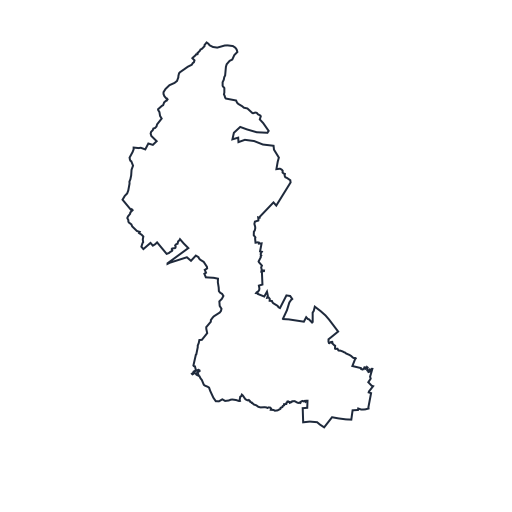 outline of Marca, Salaj, Romania, rotated 136°
{"feature_id": "2599482B92628327794320", "entity_name": "Marca", "entity_type": "district", "adm_level": 2, "iso_a3": "ROU", "parent_name": "Romania", "parent_adm1": "Salaj", "projection": "natural_earth1", "projection_center": [22.563, 47.243], "detail": "fine", "context": "isolated", "style": "outline", "palette": "slate", "viewbox_px": 512, "rotation_deg": 136, "n_neighbors": 0, "source": "geoboundaries", "source_scale": "gbopen_adm2", "svg_char_len": 6112}
<svg xmlns="http://www.w3.org/2000/svg" viewBox="0 0 512 512"><g transform="rotate(136 256 256)"><path d="M312.9,389.2L313.9,376.0L312.9,376.0L312.9,374.7L316.2,374.6L317.2,373.8L320.6,373.4L322.2,372.7L322.9,370.5L323.9,369.4L324.2,368.5L323.7,365.3L324.5,363.3L324.3,356.7L322.9,354.1L324.2,353.7L323.5,350.8L323.5,348.3L325.9,346.6L327.6,344.3L328.7,344.1L332.0,342.3L332.2,339.2L322.8,338.7L323.0,335.1L320.3,334.5L317.7,334.5L318.8,319.6L316.5,318.6L314.8,318.5L313.1,318.0L312.4,318.1L311.8,319.5L311.0,319.6L308.9,318.0L308.3,317.9L307.4,318.4L306.8,319.8L305.2,319.9L303.9,319.3L301.9,320.6L300.2,320.5L299.0,320.9L299.3,315.3L299.2,308.7L324.7,312.2L325.1,311.8L322.6,311.0L306.6,303.1L306.1,297.7L299.0,298.1L298.2,295.2L298.7,293.6L298.7,292.1L297.7,288.1L298.8,282.3L299.8,281.0L302.5,281.6L303.6,278.7L305.5,279.1L306.9,275.5L301.5,269.6L299.1,266.1L301.7,263.6L304.7,259.3L307.1,256.5L307.3,254.5L306.7,252.3L307.2,249.9L310.3,248.9L313.9,248.8L316.8,245.3L317.5,242.0L319.4,240.8L321.3,240.5L328.3,241.9L329.9,241.8L332.9,241.3L334.2,240.1L341.2,239.4L342.4,238.1L344.7,234.4L353.2,233.3L355.1,234.9L357.6,233.2L360.2,232.0L361.2,230.9L367.3,226.7L367.8,226.8L377.1,220.7L377.2,219.9L376.6,219.0L378.6,215.5L381.2,216.2L382.4,215.6L383.9,215.8L383.9,215.0L382.4,214.6L381.3,214.5L380.9,215.5L379.4,215.3L376.4,214.1L376.1,212.9L376.5,212.4L378.9,212.9L381.1,212.7L381.3,212.4L381.0,210.8L380.5,210.4L379.9,210.6L380.4,209.4L380.2,208.7L380.9,206.5L381.1,204.4L383.0,199.6L382.8,198.3L381.6,195.5L381.2,193.9L382.6,190.9L385.1,183.7L385.8,179.5L383.6,177.2L379.8,176.3L378.9,173.2L376.0,171.0L374.0,170.2L372.7,169.2L370.3,166.1L369.1,163.7L368.4,163.0L368.2,162.9L367.8,163.8L365.1,165.7L364.0,165.4L362.5,166.1L362.4,164.8L363.1,160.6L362.9,159.4L362.0,157.5L361.2,157.4L361.1,155.9L361.5,155.2L361.0,153.9L361.1,153.4L360.8,153.3L360.7,150.7L359.5,148.3L359.1,145.9L357.9,143.9L355.0,141.4L353.8,140.0L353.3,138.7L352.2,138.4L351.1,137.1L351.1,135.7L352.2,135.1L350.3,133.0L349.9,131.6L347.8,130.0L344.7,129.1L343.7,129.7L342.0,129.0L341.0,129.5L339.5,129.1L338.8,129.9L337.0,128.5L335.9,129.3L335.0,129.0L334.5,129.5L333.9,129.2L333.7,128.2L333.1,127.6L333.6,126.9L331.9,126.2L330.9,126.4L329.0,124.7L328.1,121.7L327.2,120.4L326.4,120.3L326.1,119.5L325.0,120.0L323.8,119.7L323.1,119.3L322.8,118.4L322.2,117.8L321.7,118.0L321.3,117.7L321.5,116.7L320.3,116.9L319.5,116.1L324.6,111.2L328.1,114.1L337.6,103.6L332.4,99.6L327.5,94.0L327.1,90.3L326.0,85.4L313.3,87.2L309.5,81.9L304.8,76.0L301.1,72.1L293.7,77.9L289.6,74.4L288.4,75.3L287.0,72.5L285.9,71.4L284.0,69.8L281.0,68.1L280.1,69.2L268.5,77.4L269.7,79.6L268.8,80.1L262.2,81.0L262.9,82.4L262.9,87.2L258.7,88.1L257.8,89.9L250.7,94.0L251.0,94.4L252.1,94.3L254.2,93.7L255.7,94.4L255.5,95.0L253.9,94.6L253.5,94.9L253.3,95.3L254.4,95.2L255.0,95.6L255.4,96.4L254.7,96.8L254.5,97.4L253.2,98.1L253.3,99.0L254.5,98.3L255.7,98.8L254.8,100.0L255.3,100.6L256.1,100.2L258.1,100.2L258.9,101.6L258.4,102.5L263.1,109.9L256.3,113.0L255.4,113.0L255.3,113.4L256.6,114.8L256.9,115.8L257.0,117.9L257.5,119.9L258.9,123.3L259.1,124.9L259.7,126.0L259.9,127.0L261.2,129.6L262.0,130.2L262.3,130.9L261.8,132.7L263.2,133.8L263.5,134.5L261.4,136.5L261.7,137.4L261.8,140.4L260.9,140.9L260.8,141.3L261.9,142.1L263.8,142.3L264.0,142.7L263.3,144.1L261.7,145.7L249.4,144.6L247.6,159.6L247.3,165.0L247.8,171.4L248.9,178.7L252.6,176.4L254.6,175.9L261.0,169.2L261.9,169.2L261.9,173.7L262.5,174.7L262.4,177.1L267.2,175.5L276.5,187.7L280.3,191.8L280.3,192.1L271.4,195.5L264.3,199.4L261.4,200.0L259.8,199.9L259.2,203.5L261.5,206.5L274.9,201.9L275.4,203.5L275.1,205.1L276.4,210.1L276.3,211.3L275.8,212.6L277.3,214.3L275.9,215.6L275.7,217.4L277.0,218.2L275.0,219.3L272.9,222.7L278.2,221.1L281.0,227.3L280.7,227.7L281.0,228.3L281.7,229.2L280.8,229.4L279.0,229.0L277.4,229.3L276.1,230.3L274.5,232.7L271.2,231.0L262.4,240.9L260.8,239.6L260.3,240.0L261.5,241.3L262.4,241.5L261.4,242.2L260.2,244.2L258.4,245.0L258.2,249.5L257.9,250.3L253.4,251.8L252.9,252.5L251.8,252.7L251.7,253.7L251.0,254.4L248.9,255.0L249.9,256.5L243.2,261.2L245.3,262.9L244.6,263.6L245.2,264.6L247.1,265.9L244.6,269.1L243.5,269.8L243.2,272.5L240.6,275.0L239.2,275.2L237.1,276.6L236.1,277.9L234.9,280.2L232.9,281.5L229.7,279.9L229.2,280.2L227.6,282.3L226.8,281.0L225.8,281.6L206.2,282.4L206.4,278.2L180.0,284.9L178.7,286.7L179.5,290.6L180.2,292.3L179.6,293.9L178.2,295.0L178.8,296.0L178.9,297.6L177.6,298.8L177.5,300.0L177.9,301.7L178.3,302.3L181.0,304.3L174.8,308.8L171.2,310.9L169.2,320.0L166.8,323.1L173.6,331.4L177.5,340.0L183.3,347.3L189.5,350.1L186.6,353.5L191.9,356.3L186.3,360.0L177.7,359.8L174.6,353.4L169.5,344.5L162.2,336.7L160.0,337.2L158.5,346.6L158.4,351.6L155.5,353.2L155.3,354.0L156.2,356.7L156.0,358.1L156.3,358.9L156.9,359.7L158.9,360.7L159.3,361.3L159.7,368.1L161.7,371.1L161.9,373.3L163.1,377.7L163.1,379.5L162.3,381.7L168.3,390.2L168.2,391.3L167.2,393.2L166.8,394.5L165.2,395.6L162.2,398.7L162.0,399.1L162.0,401.0L161.7,401.7L159.3,404.2L156.7,405.2L154.6,406.7L152.8,407.3L146.2,413.0L143.9,414.3L139.4,414.7L136.6,413.8L132.0,415.6L127.7,415.7L126.7,417.5L126.3,418.8L126.2,420.4L126.8,423.1L130.1,427.2L132.2,429.1L139.1,432.8L141.8,436.3L143.0,439.8L142.8,441.7L143.2,443.9L146.5,443.5L147.3,442.7L151.1,442.6L152.5,443.1L153.9,442.6L157.1,442.6L157.2,442.2L157.9,441.8L159.2,442.7L160.1,442.4L164.1,442.6L164.4,442.5L164.3,439.5L166.1,438.5L167.5,438.7L169.4,438.2L173.5,439.5L182.9,441.0L184.4,440.9L186.8,439.4L187.7,438.5L191.2,436.8L194.4,437.1L199.6,439.0L205.1,439.0L208.7,438.1L210.0,436.8L210.9,434.6L211.1,431.6L210.7,431.3L210.8,430.1L212.4,429.8L213.0,430.2L215.4,430.3L218.0,429.0L219.5,429.4L224.5,429.6L225.0,428.9L225.5,426.6L227.7,423.4L228.4,420.4L235.7,419.4L237.6,418.3L239.7,418.2L241.3,419.0L242.9,418.2L245.1,418.2L246.7,417.3L247.9,415.1L247.7,407.6L253.0,407.6L255.3,411.7L261.6,409.6L263.7,413.9L265.5,415.2L268.7,419.0L270.0,417.7L272.6,416.5L278.6,414.6L279.8,412.8L280.2,411.6L279.9,410.8L281.7,406.4L285.6,404.5L289.8,400.7L293.0,398.5L295.4,397.4L296.7,395.9L302.3,391.9L305.2,390.5L308.6,390.4L312.9,389.2Z" fill="none" stroke="#1e293b" stroke-width="2"/></g></svg>